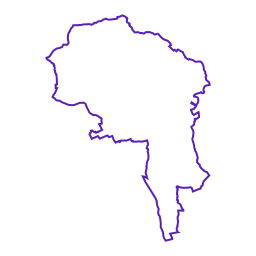 the district of Tarnaveni, Mures, Romania
{"feature_id": "2599482B24834909765304", "entity_name": "Tarnaveni", "entity_type": "district", "adm_level": 2, "iso_a3": "ROU", "parent_name": "Romania", "parent_adm1": "Mures", "projection": "albers", "projection_center": [24.284, 46.321], "detail": "fine", "context": "isolated", "style": "outline", "palette": "violet", "viewbox_px": 256, "rotation_deg": 0, "n_neighbors": 0, "source": "geoboundaries", "source_scale": "gbopen_adm2", "svg_char_len": 5747}
<svg xmlns="http://www.w3.org/2000/svg" viewBox="0 0 256 256"><path d="M165.6,240.6L172.2,239.1L172.2,238.2L170.1,233.7L178.0,232.2L177.3,231.8L177.3,230.9L176.7,229.6L176.7,228.8L176.8,227.7L177.2,227.2L177.3,226.7L177.6,226.4L177.3,225.6L177.7,224.8L177.9,222.5L178.2,221.3L177.9,220.6L177.9,220.2L177.7,219.5L177.6,217.6L177.7,216.7L178.3,215.5L178.6,214.1L178.6,213.2L178.1,210.6L181.9,210.4L181.9,210.7L183.4,210.7L183.4,210.2L181.7,207.7L180.5,204.6L177.8,202.5L177.9,202.4L178.0,200.3L177.0,199.9L177.2,199.4L177.2,197.7L177.2,197.4L177.6,197.0L177.7,196.7L177.4,196.2L177.4,195.6L177.3,194.9L176.9,194.2L177.1,193.4L177.1,192.4L177.3,191.6L177.2,191.0L177.3,190.0L177.8,189.8L177.8,189.5L177.4,188.3L176.6,187.6L176.6,186.9L177.1,186.3L177.5,186.2L178.7,187.1L179.0,186.9L180.2,187.3L182.8,187.8L187.8,187.7L189.8,187.3L190.8,187.4L191.6,188.0L191.7,187.9L191.9,188.1L192.0,189.0L192.5,190.0L192.7,190.6L192.9,191.5L198.5,189.2L200.6,188.6L200.9,187.2L201.4,186.1L201.9,186.0L202.4,185.6L202.9,184.1L202.9,183.3L203.4,182.2L203.7,181.2L209.3,175.4L206.8,172.0L205.5,171.6L204.3,170.9L204.1,170.5L203.6,170.5L201.6,168.4L201.1,168.1L200.2,166.9L199.8,165.7L199.7,164.8L198.7,164.1L198.2,163.3L197.7,163.1L197.2,162.4L197.1,161.9L197.2,161.1L197.2,160.4L197.0,160.1L197.3,159.2L197.5,159.0L197.7,157.3L196.6,153.9L196.3,152.5L195.4,151.2L195.2,150.7L194.3,147.5L194.3,146.4L193.5,143.1L192.5,140.3L192.4,139.6L192.4,138.3L193.0,137.0L193.5,132.6L193.4,131.7L192.8,129.8L192.2,129.0L191.3,126.9L194.2,124.4L194.2,122.1L194.6,121.0L195.0,121.0L195.2,120.4L195.2,120.1L195.0,119.6L194.8,118.9L195.5,118.7L196.2,118.9L196.8,118.8L198.3,117.7L198.7,117.2L198.8,116.8L199.0,116.8L199.0,115.7L198.7,114.0L198.8,113.5L198.5,112.1L193.8,115.0L192.5,113.7L191.1,110.2L191.0,109.7L192.1,109.5L194.1,108.7L195.8,106.5L196.2,105.8L191.3,103.3L191.6,102.4L193.0,103.1L194.7,104.6L195.5,104.8L196.4,104.4L197.0,103.9L197.6,103.2L198.2,101.9L198.3,100.4L198.2,98.7L198.1,98.3L197.7,97.7L196.6,96.9L194.2,96.6L194.0,96.4L193.9,95.7L194.5,94.8L196.3,93.8L199.7,93.0L200.9,92.2L202.4,93.2L203.4,93.1L204.0,92.6L204.2,92.3L204.3,91.9L203.5,90.7L203.4,90.0L203.8,88.4L204.5,86.6L206.2,85.6L208.3,85.1L209.6,85.0L209.5,83.7L209.1,82.3L206.3,80.0L206.1,79.7L206.0,78.3L205.6,77.5L205.8,76.5L206.3,75.7L206.3,75.4L205.2,73.4L205.3,72.1L205.2,71.8L203.8,69.7L203.7,66.9L202.9,65.0L202.8,64.2L202.3,63.4L201.2,62.1L200.4,61.6L199.3,61.5L195.6,61.8L194.7,61.4L193.3,60.3L192.9,60.1L189.3,59.1L188.5,59.6L185.3,57.5L185.5,57.1L184.0,54.9L182.6,51.9L181.5,51.6L178.2,49.6L177.9,49.5L176.8,50.5L176.7,51.0L176.4,51.3L174.7,49.8L173.6,50.6L169.2,46.4L169.5,46.2L170.0,45.5L171.0,45.0L169.9,42.9L168.3,41.3L167.1,40.5L164.3,39.6L162.5,38.5L160.7,36.8L158.7,34.3L157.9,33.8L157.1,33.8L155.6,34.4L154.7,34.6L154.0,34.2L152.9,33.2L151.6,32.9L149.5,32.0L148.0,32.2L146.1,32.0L143.8,33.6L142.0,33.0L140.3,33.0L138.2,32.2L134.8,32.4L133.7,31.3L132.1,29.3L132.1,28.9L132.2,28.4L131.9,27.8L130.2,26.4L129.4,25.5L129.3,24.9L129.8,24.7L129.6,23.6L127.1,22.3L126.8,21.7L127.0,21.0L126.8,20.4L126.9,20.1L126.9,19.5L127.3,18.6L127.2,18.2L126.7,17.9L126.4,17.5L125.9,17.5L125.6,17.0L125.0,16.5L122.4,15.4L119.7,16.7L117.4,17.0L117.3,18.5L116.0,18.9L109.3,19.7L107.2,19.3L105.8,18.6L105.2,19.1L103.3,19.5L102.4,20.3L101.3,20.9L100.2,21.2L98.4,21.3L96.1,22.9L94.5,22.7L93.8,23.1L93.4,24.0L91.7,24.5L91.4,24.8L90.1,24.3L88.7,24.1L85.4,24.4L84.0,24.3L81.7,24.9L78.7,25.0L78.0,25.3L75.1,25.1L73.1,25.4L72.9,26.3L72.4,27.1L71.2,28.1L70.6,29.3L70.0,31.0L68.8,32.7L68.1,34.7L67.9,36.1L67.8,38.4L68.0,39.9L68.4,41.5L68.5,42.7L68.5,43.2L68.0,43.9L67.1,44.8L63.5,44.6L62.8,45.5L62.2,47.0L59.1,48.1L56.6,48.6L55.8,49.1L53.6,50.6L52.5,52.0L50.3,55.5L49.3,56.5L48.6,57.2L47.6,57.3L46.4,57.8L46.8,58.9L47.4,59.5L48.8,60.4L49.5,60.6L52.7,63.6L53.2,63.4L53.5,63.6L54.3,65.6L53.9,65.8L54.4,67.0L54.7,67.4L54.6,69.4L54.6,69.9L55.1,71.1L54.9,71.2L55.2,72.7L55.6,73.1L55.9,74.2L56.3,74.3L56.4,74.6L56.8,79.1L57.0,84.5L55.6,84.7L55.7,88.0L57.1,88.1L55.9,91.1L55.5,91.6L54.9,93.1L53.4,95.1L52.6,96.8L52.6,97.1L54.6,98.3L56.1,100.1L57.9,100.7L59.4,100.6L60.3,101.1L61.9,102.2L68.6,104.9L72.5,105.2L74.5,104.9L80.0,102.8L82.0,102.8L83.1,102.6L84.1,103.0L85.3,103.7L85.7,104.1L86.7,107.1L88.0,109.6L88.4,110.1L88.6,110.9L89.4,112.5L90.1,113.2L93.3,115.1L95.6,115.0L97.8,116.0L100.2,117.7L101.5,118.3L101.5,121.5L101.7,121.9L101.8,123.5L101.7,123.7L99.8,123.8L99.0,124.2L99.7,125.0L100.5,126.5L101.4,128.7L102.2,129.8L98.3,131.9L98.2,131.6L97.7,131.7L96.0,132.8L95.3,131.8L94.8,132.1L94.4,132.1L93.3,131.5L92.4,130.6L90.9,130.7L91.0,131.8L90.8,132.7L90.1,133.0L89.8,133.6L89.5,134.4L91.5,138.0L91.8,138.8L98.0,136.1L99.8,138.6L107.0,135.6L107.6,135.6L109.0,137.2L112.2,136.0L114.0,140.5L115.2,141.7L115.3,142.2L115.8,142.6L116.2,142.2L118.8,141.1L119.0,141.5L119.3,141.3L119.9,142.0L120.2,141.7L119.9,141.1L120.4,140.7L121.5,140.5L126.7,140.5L130.7,139.0L130.9,139.9L131.4,140.7L132.1,141.2L133.0,141.0L133.2,141.7L136.6,141.7L138.7,141.3L141.5,141.7L142.8,141.4L143.1,141.5L147.1,140.4L147.5,142.1L148.1,143.8L148.1,144.4L148.0,144.9L147.2,146.1L147.1,147.4L146.7,148.3L147.6,148.8L148.2,149.5L148.1,150.2L147.6,151.3L148.2,153.4L148.4,154.8L148.4,158.5L148.2,159.3L147.2,161.7L147.2,162.2L146.7,163.5L146.8,164.5L146.7,165.8L146.3,166.5L146.7,167.6L146.5,168.1L146.5,169.2L146.1,170.0L146.2,170.6L145.7,172.0L145.8,172.5L145.7,173.0L145.8,173.9L146.2,174.4L146.6,175.8L146.5,176.5L147.1,178.0L145.4,177.1L144.1,176.6L142.8,176.4L145.2,181.6L155.5,198.2L156.6,200.8L156.9,203.6L157.4,206.1L158.7,208.9L158.3,211.0L158.2,213.2L158.7,215.0L159.6,216.0L160.3,219.1L160.8,223.6L160.7,226.8L161.0,227.7L162.7,231.5L163.1,233.2L163.5,236.4L164.0,238.0L165.6,240.6Z" fill="none" stroke="#5b21b6" stroke-width="2"/></svg>